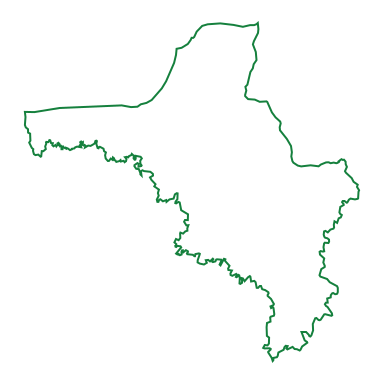 outline of Chhloung, Krâchéh, Cambodia
{"feature_id": "14789045B96545795392219", "entity_name": "Chhloung", "entity_type": "district", "adm_level": 2, "iso_a3": "KHM", "parent_name": "Cambodia", "parent_adm1": "Krâchéh", "projection": "robinson", "projection_center": [106.098, 12.159], "detail": "fine", "context": "isolated", "style": "outline", "palette": "green", "viewbox_px": 384, "rotation_deg": 0, "n_neighbors": 0, "source": "geoboundaries", "source_scale": "gbopen_adm2", "svg_char_len": 6004}
<svg xmlns="http://www.w3.org/2000/svg" viewBox="0 0 384 384"><path d="M300.5,349.8L302.1,346.5L307.3,342.7L307.0,341.9L304.7,340.4L301.5,332.0L306.1,332.0L308.8,334.8L309.4,336.2L310.4,336.5L311.4,335.3L313.1,330.4L312.8,324.0L315.2,318.3L316.4,318.0L318.5,320.0L319.7,320.2L320.7,319.7L324.2,314.4L325.2,314.2L331.4,315.8L332.2,315.3L331.9,313.3L327.5,306.9L326.0,306.0L324.9,304.2L325.9,302.7L327.7,302.6L327.2,298.5L330.7,297.4L330.8,295.2L332.1,293.4L333.1,293.0L335.1,294.2L336.2,294.1L337.2,293.7L337.8,292.0L337.8,287.9L337.1,286.2L329.7,282.2L327.1,279.0L320.4,276.6L319.5,275.2L321.3,269.1L324.7,267.0L324.8,265.9L323.3,262.5L324.2,258.4L320.0,254.6L319.6,251.8L320.6,251.1L323.0,251.6L324.2,251.3L323.5,247.2L324.1,243.5L324.8,242.7L328.4,243.0L329.1,241.7L329.0,239.6L327.4,238.3L325.1,237.7L324.3,236.7L323.7,234.7L324.1,231.4L325.4,230.9L327.8,232.4L330.4,229.6L333.5,228.6L334.1,227.4L333.8,224.9L334.5,221.3L337.1,222.9L338.7,218.3L340.8,217.4L341.8,215.0L340.2,213.9L339.4,212.4L340.3,206.9L343.7,205.0L343.6,204.1L342.1,202.2L342.3,201.6L342.8,201.0L344.5,201.0L346.7,202.7L347.3,202.5L348.9,199.7L350.5,198.6L355.0,199.4L357.7,198.8L358.1,198.5L358.5,191.8L359.1,190.3L357.0,186.9L357.7,184.7L353.6,181.8L351.7,178.1L345.9,172.7L345.0,171.2L346.9,166.9L345.7,164.2L345.6,161.7L344.0,159.7L342.7,159.9L341.5,159.2L339.8,160.4L339.0,161.8L338.5,161.5L337.8,162.8L336.3,163.2L333.7,162.6L330.6,163.2L328.7,162.3L326.1,162.4L320.9,164.5L318.6,166.3L310.6,165.3L301.2,166.4L297.8,165.6L293.4,162.7L292.4,161.1L291.3,156.4L291.9,152.3L291.0,146.0L286.9,139.0L280.0,130.3L279.7,127.2L280.7,123.4L280.2,121.6L275.5,117.3L271.9,112.4L267.3,102.0L266.5,101.4L259.7,101.8L254.8,99.6L248.1,99.1L245.2,96.2L245.1,95.0L246.3,90.6L245.4,86.8L247.4,84.7L250.4,72.0L252.8,68.4L253.7,64.2L256.5,60.1L255.8,52.0L252.9,44.4L253.9,41.2L258.0,33.0L258.4,29.1L257.8,23.0L256.5,24.2L254.2,25.1L250.2,25.1L242.9,26.8L233.4,24.9L220.3,23.4L207.7,24.3L202.2,25.9L196.7,31.6L194.2,37.0L193.1,37.9L191.6,37.8L190.6,40.1L187.8,44.0L181.6,47.8L176.6,48.8L176.0,55.0L174.1,62.9L166.1,81.3L161.8,88.4L151.7,100.0L146.5,102.9L140.8,104.3L137.5,106.7L131.1,107.1L121.7,105.4L59.6,108.0L34.4,112.1L24.9,111.9L25.5,117.1L24.9,125.0L25.8,127.4L28.0,129.2L28.1,132.6L30.1,133.6L30.4,140.7L29.2,142.6L31.8,147.9L33.3,149.2L33.0,150.8L33.9,154.1L35.4,155.1L38.3,154.6L40.6,156.7L41.2,156.4L41.8,151.1L43.3,151.2L45.8,149.1L45.2,146.4L46.3,143.6L46.0,142.4L46.3,141.9L48.4,142.1L49.4,140.1L50.2,140.3L51.1,143.1L52.8,143.2L52.3,145.1L53.5,146.3L55.5,145.0L56.3,146.4L56.9,145.4L58.0,145.3L58.3,144.8L57.5,143.4L58.4,142.8L59.7,144.3L59.5,145.0L60.0,146.3L61.0,145.8L61.4,146.3L61.5,149.2L62.5,149.2L62.6,146.7L63.0,146.4L64.1,147.7L66.1,148.6L66.1,147.8L67.9,148.5L70.0,150.1L71.9,149.3L71.9,148.8L74.4,148.4L75.1,147.4L77.1,146.6L81.3,147.3L80.6,145.2L79.9,145.2L80.9,143.7L80.2,142.2L81.0,141.6L81.5,142.7L82.9,142.0L82.9,143.2L81.9,144.2L82.2,144.7L83.6,145.5L84.5,144.9L85.5,145.7L85.0,147.5L88.2,145.6L90.6,145.9L93.9,144.0L94.6,143.4L95.5,140.9L96.5,140.7L96.9,141.1L96.3,143.8L97.6,148.0L98.5,148.3L99.2,146.9L99.9,146.8L103.5,148.7L104.1,151.2L105.9,152.4L105.1,155.2L105.7,158.5L107.9,161.0L109.0,160.9L110.7,158.6L112.3,159.7L112.9,157.4L114.1,158.4L114.2,160.2L115.4,160.4L116.3,161.9L119.3,161.1L120.5,160.1L120.9,161.5L123.7,160.8L124.6,162.2L126.0,161.2L126.5,159.0L125.0,157.2L126.9,156.8L128.3,157.3L129.0,156.1L131.3,155.1L131.8,153.9L133.8,155.8L133.6,158.4L134.6,159.7L135.3,159.6L135.7,158.4L135.6,155.8L140.6,156.8L141.8,158.4L140.2,160.8L140.4,163.7L141.6,165.4L141.3,166.0L138.5,166.7L138.6,163.8L137.4,163.1L134.5,165.1L134.4,166.2L136.2,168.8L138.8,169.1L140.3,172.9L140.4,174.4L141.5,175.5L140.9,171.2L142.5,170.3L144.0,171.1L150.4,171.8L152.9,173.9L153.0,175.6L150.0,177.4L151.5,180.0L155.5,184.2L154.3,186.4L158.9,189.6L157.9,193.1L158.7,195.7L156.8,199.6L157.4,201.9L158.4,201.9L159.2,199.7L160.4,199.3L162.9,201.3L166.2,200.1L166.5,201.9L169.5,199.4L173.6,198.6L174.9,194.4L176.7,193.2L177.6,193.4L177.4,199.2L175.6,201.6L175.3,203.1L176.1,203.4L178.4,201.9L179.7,202.5L181.2,210.2L188.0,214.3L187.8,220.1L185.0,220.0L184.1,221.8L186.4,225.4L188.4,225.2L187.3,228.3L187.4,230.7L185.3,231.4L183.1,233.6L180.4,232.6L180.1,233.4L180.3,238.0L178.6,240.2L176.0,239.0L174.4,242.4L176.3,244.1L176.0,245.5L175.3,245.9L175.5,246.7L176.2,247.0L177.4,245.9L180.5,246.3L181.2,247.4L176.1,253.6L177.3,254.4L178.0,253.7L178.7,253.9L179.2,255.1L180.0,255.2L181.6,254.5L181.5,251.8L182.1,250.3L182.8,250.3L182.4,252.0L183.1,252.5L185.9,250.2L187.9,251.3L188.0,251.9L186.9,253.4L187.3,254.2L192.9,254.8L194.4,256.2L195.0,256.2L195.4,254.1L198.9,253.4L199.8,253.8L199.7,254.4L197.7,260.2L197.6,262.4L199.8,263.6L204.0,264.5L206.8,262.8L205.8,260.2L208.2,259.9L210.0,261.4L212.8,258.7L213.3,259.2L212.1,260.9L212.2,261.7L212.9,262.1L215.4,261.4L216.2,259.6L217.0,259.3L221.3,259.7L221.4,260.7L219.6,264.6L220.5,265.4L224.0,258.8L224.7,259.0L225.4,259.3L225.0,260.7L225.4,261.3L229.5,265.8L228.1,268.6L228.4,270.0L231.9,270.5L230.4,273.5L230.6,275.0L232.3,275.8L236.1,274.0L236.7,275.4L235.9,276.9L236.5,277.2L237.5,276.5L238.2,274.8L239.2,275.3L239.8,278.3L239.5,283.5L240.3,283.9L242.0,282.8L242.1,280.6L241.4,278.0L242.9,278.4L244.6,281.2L248.1,277.2L249.8,276.1L250.4,276.7L251.1,281.5L254.3,280.9L255.6,282.2L256.7,287.8L258.0,287.9L259.8,286.0L261.0,286.0L262.2,289.2L265.2,290.1L268.3,292.2L268.6,293.3L267.6,295.0L267.7,296.0L271.0,298.9L273.9,304.0L273.3,305.2L270.5,306.4L271.1,308.1L272.8,307.2L273.5,308.0L274.3,314.2L273.9,315.7L270.7,316.7L270.2,317.4L270.5,321.6L267.0,323.0L266.6,327.3L266.9,335.9L269.1,337.6L268.9,343.6L267.5,345.4L264.8,345.0L263.2,347.9L264.3,348.4L269.7,348.3L270.7,348.9L270.6,349.6L268.2,351.8L268.2,352.4L271.6,357.7L272.7,361.0L273.3,360.3L273.5,357.9L276.9,357.2L277.7,355.9L278.4,352.5L283.6,349.8L284.5,347.1L285.7,345.8L287.6,346.1L286.4,348.5L287.4,349.4L292.6,346.9L294.6,349.0L296.9,349.2L299.7,350.5L300.5,349.8Z" fill="none" stroke="#15803d" stroke-width="2"/></svg>